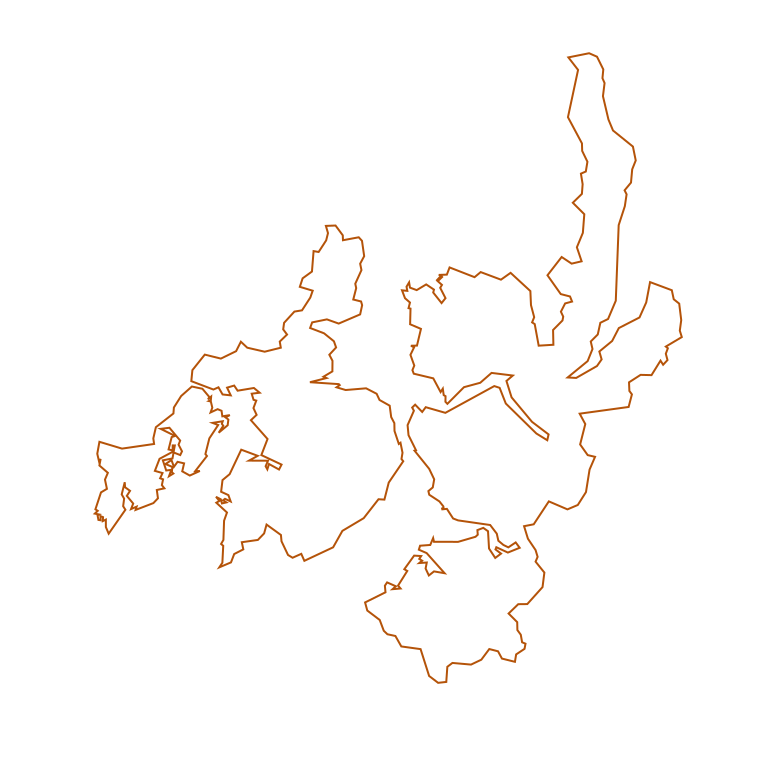 Sortland nor, Nordland, Norway (Mercator projection), rotated 353°
{"feature_id": "86288312B55921880538341", "entity_name": "Sortland nor", "entity_type": "district", "adm_level": 2, "iso_a3": "NOR", "parent_name": "Norway", "parent_adm1": "Nordland", "projection": "mercator", "projection_center": [15.403, 68.748], "detail": "fine", "context": "isolated", "style": "outline", "palette": "amber", "viewbox_px": 768, "rotation_deg": 353, "n_neighbors": 0, "source": "geoboundaries", "source_scale": "gbopen_adm2", "svg_char_len": 6128}
<svg xmlns="http://www.w3.org/2000/svg" viewBox="0 0 768 768"><g transform="rotate(353 384 384)"><path d="M523.2,289.1L512.8,294.7L493.6,284.7L486.9,289.0L463.3,276.3L459.7,283.1L451.6,282.4L454.1,283.3L448.5,288.0L455.5,284.3L449.9,288.5L453.6,292.7L451.5,295.4L455.5,306.3L451.0,310.7L444.0,299.2L445.1,296.4L438.0,290.3L427.9,294.8L421.5,291.5L421.3,286.2L418.2,290.2L418.5,294.4L413.3,293.2L415.3,301.4L419.7,306.3L417.6,311.7L419.5,312.4L417.2,327.9L427.4,333.8L421.4,349.9L415.4,349.3L418.3,351.3L413.8,358.3L416.3,369.4L413.9,373.7L414.8,377.4L433.6,384.4L439.2,398.9L441.8,395.8L441.9,402.3L443.6,403.6L442.8,409.1L444.5,411.4L463.0,396.9L479.7,394.5L492.1,386.1L512.9,391.3L505.9,395.9L509.0,412.8L526.3,439.6L541.2,454.1L539.2,459.7L529.2,451.7L502.5,418.2L498.3,401.9L493.2,399.5L441.4,420.1L422.6,412.1L418.5,416.4L412.4,408.3L409.1,410.8L410.4,414.2L402.4,427.7L402.1,437.8L407.7,453.7L406.2,453.9L418.5,473.7L422.2,484.7L419.8,492.6L415.0,495.7L415.4,499.4L424.7,507.3L428.0,512.7L428.0,514.1L426.5,514.6L426.6,515.5L431.2,515.6L436.2,525.9L440.9,528.4L472.2,536.9L477.7,546.3L478.4,553.5L482.9,558.3L487.5,561.3L495.4,557.3L498.7,563.1L486.4,566.4L475.6,559.7L474.5,561.8L479.5,566.6L473.2,570.2L468.2,560.1L469.3,542.8L465.0,538.9L458.9,540.4L458.7,545.0L456.2,546.8L438.3,549.7L414.4,546.7L414.0,542.9L410.3,549.4L400.1,548.9L398.4,552.7L405.7,557.0L421.1,579.2L410.8,576.1L405.2,579.5L402.8,572.2L404.7,566.4L397.2,566.0L400.3,564.0L397.7,561.9L399.9,559.3L393.0,558.0L381.6,570.3L384.3,572.4L373.4,585.8L375.5,589.0L367.5,588.7L371.1,586.2L362.9,581.3L360.3,584.3L360.1,590.9L338.6,598.5L339.8,606.8L351.0,617.7L353.7,628.9L356.9,632.8L364.6,635.5L369.2,646.6L388.0,651.6L393.2,679.3L401.3,687.2L409.5,687.3L412.4,672.4L417.9,669.2L436.2,673.1L447.0,669.5L456.2,659.9L464.6,663.2L467.6,670.9L480.1,675.7L482.2,668.5L491.2,664.0L492.8,659.0L489.6,657.2L489.2,649.5L486.4,644.5L487.2,636.6L479.7,627.0L490.4,618.9L499.4,619.9L516.6,604.9L520.2,590.7L512.8,578.8L515.4,574.3L514.2,567.3L508.0,555.1L505.7,542.2L515.5,541.5L533.3,520.6L550.8,530.8L561.6,527.7L571.3,515.9L577.6,494.0L584.6,482.0L577.5,479.4L571.3,467.9L578.9,448.3L574.6,437.3L624.0,436.6L628.8,424.5L626.7,420.8L627.4,412.2L639.8,406.2L650.6,407.8L661.3,394.5L663.4,398.9L668.3,394.8L667.4,388.3L670.1,383.1L668.3,381.2L685.3,373.7L684.1,367.1L686.8,356.8L686.8,340.2L681.9,335.2L681.1,326.0L660.5,315.3L654.2,335.0L645.7,349.1L623.9,357.1L615.7,369.1L601.7,378.0L603.0,386.1L597.6,392.1L575.5,401.4L567.1,399.9L588.9,386.1L595.2,374.7L594.4,367.0L602.2,360.9L606.2,349.6L614.3,346.8L624.2,329.6L636.3,254.9L644.7,236.9L647.9,225.3L646.4,221.1L653.7,214.2L656.5,201.2L661.1,192.8L660.0,178.7L642.2,160.3L639.0,148.8L636.4,125.0L639.6,112.2L638.1,107.1L640.0,98.5L635.3,85.1L627.9,80.7L606.8,82.3L614.9,95.9L599.1,141.6L609.8,169.3L609.1,176.8L613.0,188.2L610.2,197.7L605.1,199.2L605.5,209.9L603.6,219.4L593.5,227.1L603.5,239.9L599.8,258.2L592.1,271.8L595.1,286.3L584.9,287.4L575.8,279.6L559.5,296.0L570.4,316.3L579.3,319.8L580.7,325.1L573.6,326.1L568.4,333.8L570.1,339.0L568.9,342.7L558.4,351.0L556.9,365.7L542.2,364.8L540.9,342.9L538.5,340.9L541.2,336.0L539.5,323.6L540.6,309.6L523.2,289.1ZM283.4,549.8L313.6,539.9L324.8,524.7L347.5,514.7L364.5,497.7L370.3,498.8L376.7,482.4L393.7,463.0L392.2,460.6L394.0,454.5L393.2,444.3L391.4,445.3L388.7,431.9L389.5,424.1L387.1,417.7L387.0,406.2L377.6,399.3L375.5,392.8L365.7,386.1L345.2,385.3L336.5,381.5L339.9,379.7L339.1,378.6L310.7,373.2L327.6,371.1L324.8,369.4L334.3,365.2L335.7,354.7L333.3,348.3L340.9,341.9L339.5,335.5L330.7,326.4L317.5,319.4L320.2,314.1L335.2,312.9L346.4,318.5L368.8,312.0L371.9,303.1L371.3,299.3L363.8,296.4L368.1,285.4L367.7,281.0L375.5,268.2L375.0,261.7L379.9,254.7L379.6,239.2L376.8,235.3L360.8,236.3L361.2,231.4L355.2,220.8L345.6,220.0L346.8,227.4L344.1,234.4L335.2,245.0L330.3,243.5L326.2,263.6L316.1,269.2L312.3,277.3L324.6,282.7L321.4,289.2L311.6,300.9L303.9,301.2L292.3,311.1L290.6,317.5L293.8,323.1L285.7,329.2L286.0,335.4L269.5,337.4L252.7,331.3L247.1,324.6L241.2,333.4L225.2,338.9L209.7,333.0L195.5,346.9L193.1,357.7L214.0,368.7L219.3,367.1L222.5,374.7L230.5,376.6L227.8,368.5L235.1,367.3L237.9,372.8L254.4,372.1L259.5,377.5L251.5,377.5L252.6,383.8L255.2,384.9L251.5,392.0L253.8,399.1L247.5,403.7L261.7,424.4L253.6,439.6L272.5,451.5L269.4,456.1L260.1,449.4L257.8,454.5L256.5,451.2L259.5,446.0L240.7,443.6L249.9,439.9L234.3,431.8L219.8,454.7L212.0,459.7L209.2,471.1L216.0,475.3L217.5,481.9L212.2,478.6L210.1,479.8L213.1,482.3L208.6,482.8L208.0,478.6L203.5,475.5L206.4,480.0L203.1,481.4L212.5,492.4L208.6,500.2L205.6,519.2L202.8,522.9L204.7,525.0L201.8,541.7L198.2,545.9L210.4,542.4L214.6,534.5L224.2,531.0L223.6,523.7L239.8,523.4L246.8,517.7L250.3,509.2L263.3,521.3L263.1,527.6L267.9,542.0L272.1,545.3L281.2,542.5L283.4,549.8ZM91.8,426.7L93.6,423.8L91.6,430.2L99.1,438.5L95.4,444.9L96.2,454.3L89.9,457.1L82.3,473.2L84.4,475.0L81.2,477.4L85.4,478.8L83.7,479.5L84.0,484.1L86.1,484.7L86.5,480.6L88.9,481.9L88.2,485.8L91.4,484.7L90.5,492.1L92.5,499.0L112.0,477.3L110.2,473.5L112.1,466.1L110.2,461.6L114.7,449.9L114.4,454.9L118.9,459.1L115.1,463.7L120.5,472.1L117.7,477.3L123.5,475.6L122.1,478.7L140.6,474.1L145.7,469.9L145.6,461.5L153.3,460.8L151.2,457.3L153.1,451.7L150.3,450.3L153.3,445.4L146.0,442.3L152.1,430.9L167.1,425.1L168.9,419.5L166.8,419.2L166.1,424.1L162.2,422.7L166.8,410.8L170.3,410.1L156.9,401.3L165.7,401.3L174.8,415.3L172.7,419.2L175.3,426.2L173.1,429.7L166.8,426.3L165.0,432.1L155.2,432.8L157.3,443.3L162.4,443.3L159.4,449.3L164.0,447.2L162.7,445.7L163.8,440.5L157.4,436.8L163.8,433.6L165.4,440.6L169.6,436.1L175.9,438.4L173.1,446.1L180.1,451.2L190.6,447.9L186.0,447.5L199.5,433.9L198.2,431.8L204.0,416.7L214.4,404.5L209.1,401.7L219.4,401.3L218.2,403.8L219.4,405.9L214.0,412.2L223.8,405.9L225.2,400.3L222.6,397.8L227.2,396.1L219.6,396.4L219.5,390.8L215.8,388.7L208.4,391.1L210.7,386.6L210.0,380.3L208.1,379.6L210.2,378.8L210.9,375.4L207.4,377.8L209.1,375.7L203.2,366.6L193.0,363.1L181.2,371.2L172.6,381.7L171.4,387.6L152.3,399.1L148.4,409.9L148.5,415.5L116.1,416.2L94.5,406.7L90.9,418.3L91.8,426.7Z" fill="none" stroke="#b45309" stroke-width="2"/></g></svg>